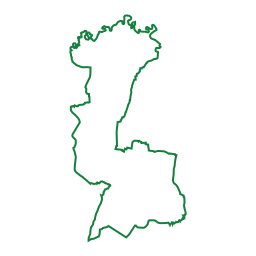 Khu Mueang, Buri Ram, Thailand (Robinson projection)
{"feature_id": "78962969B7360435516944", "entity_name": "Khu Mueang", "entity_type": "district", "adm_level": 2, "iso_a3": "THA", "parent_name": "Thailand", "parent_adm1": "Buri Ram", "projection": "robinson", "projection_center": [103.038, 15.283], "detail": "fine", "context": "isolated", "style": "outline", "palette": "green", "viewbox_px": 256, "rotation_deg": 0, "n_neighbors": 0, "source": "geoboundaries", "source_scale": "gbopen_adm2", "svg_char_len": 5693}
<svg xmlns="http://www.w3.org/2000/svg" viewBox="0 0 256 256"><path d="M175.5,158.7L176.4,155.1L175.2,155.0L175.2,154.3L169.8,153.5L169.7,153.8L168.9,153.8L167.2,152.7L164.4,151.4L158.3,150.9L154.4,151.9L154.1,151.3L148.8,150.5L148.7,148.6L148.2,146.7L148.2,144.6L145.7,144.2L145.8,142.7L141.4,143.0L141.2,141.9L140.3,141.7L139.3,140.9L138.5,141.6L138.2,141.0L134.9,140.6L132.9,141.6L132.5,142.2L131.5,148.6L127.2,147.6L126.5,149.3L124.9,148.7L124.0,151.7L122.9,151.2L122.4,150.8L122.4,150.5L121.9,150.4L122.0,149.8L115.5,149.1L116.3,146.0L117.0,145.9L116.6,132.6L116.8,131.3L116.7,130.1L117.6,123.0L117.6,122.1L120.5,121.6L120.7,120.2L121.1,120.1L122.1,117.8L122.4,117.8L122.5,117.2L123.6,117.2L124.3,116.3L125.1,114.4L125.5,112.2L126.0,111.9L128.4,104.3L129.3,102.8L129.7,101.2L129.8,100.0L130.1,100.0L130.6,95.6L131.3,92.7L131.1,89.3L132.2,86.8L132.0,85.8L134.2,79.7L135.7,79.6L135.3,76.5L136.6,76.2L136.8,73.8L138.3,73.3L138.7,72.5L139.6,71.8L139.9,71.3L139.8,69.6L140.3,69.0L140.4,68.2L141.8,68.5L142.4,67.4L143.3,67.1L143.7,67.3L146.3,63.2L146.7,62.7L147.1,62.7L147.1,62.3L147.6,61.8L149.1,61.1L151.6,60.5L153.9,59.1L155.5,59.0L156.0,58.6L157.0,58.5L157.6,57.9L158.0,52.0L157.8,51.8L156.8,51.7L155.8,51.2L155.5,50.5L155.6,49.2L156.3,48.0L159.4,48.0L160.4,47.4L160.6,46.9L160.0,46.6L159.5,45.5L160.1,44.1L155.2,40.0L151.3,38.5L150.4,37.4L150.1,36.2L150.2,35.1L150.8,33.9L153.4,31.8L156.5,29.9L156.3,28.6L154.3,25.6L153.0,24.8L152.3,25.0L152.1,25.8L152.4,28.1L152.1,28.7L151.4,29.1L150.2,29.0L148.5,27.7L147.1,27.0L146.4,27.2L145.9,28.8L146.4,29.4L147.8,29.6L148.6,30.5L148.9,31.4L148.4,32.3L147.8,32.4L145.5,31.7L142.3,31.7L140.7,31.4L140.1,31.1L140.0,30.0L139.4,29.7L138.8,30.2L138.9,32.6L138.4,33.0L137.8,32.9L135.7,31.2L134.4,29.6L134.2,25.5L135.1,24.5L135.0,22.0L134.1,22.4L133.2,22.3L131.8,23.6L131.8,24.2L132.9,25.4L133.1,26.3L132.2,27.9L131.3,28.2L131.1,27.5L131.4,26.6L131.3,26.0L130.6,25.3L128.9,24.4L128.4,23.3L128.0,21.2L128.4,20.4L129.9,19.9L130.9,19.2L131.2,18.5L131.2,17.7L130.7,16.9L129.1,15.8L126.2,15.4L125.0,15.8L124.2,16.7L124.4,19.2L124.1,21.2L124.3,22.6L123.9,23.9L123.2,24.1L122.5,23.5L122.2,21.4L121.8,21.0L120.0,21.1L118.0,22.0L116.2,24.6L113.8,25.3L112.4,26.6L111.8,27.5L111.7,29.7L111.2,30.7L110.4,30.8L110.0,30.5L109.3,27.9L108.5,27.0L105.6,26.9L104.2,26.1L102.5,27.3L102.2,28.0L102.4,28.6L103.1,28.8L105.0,28.8L105.5,29.4L105.6,30.6L101.8,32.0L99.9,31.7L99.2,31.8L98.8,32.6L98.8,33.6L97.9,34.7L97.3,36.6L96.2,38.7L94.4,40.9L93.2,40.6L92.1,39.2L90.3,38.3L90.2,37.9L91.0,37.1L91.2,36.2L91.9,35.7L92.0,35.3L91.7,34.8L89.9,34.1L89.4,32.7L88.8,32.5L87.5,32.6L86.9,34.3L86.9,34.7L87.7,35.2L88.4,36.9L88.9,37.4L88.8,39.2L88.1,39.7L85.9,39.2L84.7,36.9L84.9,35.9L86.4,34.5L86.2,33.6L86.5,31.7L86.2,31.1L84.8,30.8L83.7,32.0L81.2,32.7L81.0,33.3L81.5,34.0L81.2,35.5L81.7,36.4L81.6,37.0L80.6,37.6L79.6,37.0L78.7,37.0L78.1,37.3L78.0,37.7L78.1,38.4L79.0,38.9L78.5,40.4L79.1,41.2L79.2,42.6L78.1,43.8L78.0,44.2L79.3,44.8L79.4,45.3L77.6,45.9L76.8,47.6L76.4,48.0L75.0,47.7L74.2,48.0L73.9,47.3L74.0,47.0L76.2,46.3L76.1,44.6L75.0,43.3L73.5,43.4L73.0,44.6L73.4,45.8L73.3,46.3L72.5,46.9L71.2,46.9L70.5,47.7L70.6,49.6L71.6,50.3L70.5,51.0L70.3,52.5L71.0,54.0L71.1,56.1L71.8,57.3L71.7,59.1L72.5,61.1L72.4,61.7L74.1,63.2L76.7,65.2L81.1,66.9L82.9,67.3L87.2,67.1L90.5,67.5L90.4,73.4L90.1,76.1L89.7,77.6L86.6,83.8L85.3,87.3L86.3,88.7L86.1,92.2L86.9,93.5L87.8,93.9L89.0,94.0L89.0,96.6L89.4,96.8L89.6,102.2L88.7,102.6L87.8,102.4L84.9,102.8L84.7,103.7L84.0,103.9L83.6,104.5L81.8,104.8L79.9,104.8L78.2,105.5L78.0,106.2L76.9,106.3L74.7,105.4L74.2,106.7L73.7,106.1L72.1,106.2L72.0,106.7L70.9,106.8L70.8,109.5L71.2,110.8L72.4,112.5L75.4,115.2L78.0,117.9L79.3,120.1L79.8,122.4L72.4,134.7L72.4,136.1L72.7,136.8L75.5,139.7L75.8,140.5L75.7,144.0L74.5,147.0L74.2,147.5L73.4,147.8L73.4,148.1L73.6,149.3L74.6,151.6L75.6,155.9L75.8,157.3L74.8,166.1L74.7,169.7L75.3,171.2L76.2,172.3L80.8,175.9L83.1,177.3L83.6,178.1L84.8,178.9L90.4,183.8L91.1,183.1L94.3,184.1L95.1,183.7L96.1,183.7L97.2,182.5L97.6,182.8L97.5,183.5L98.6,183.0L99.3,183.3L100.6,181.7L102.3,181.4L103.3,182.1L103.9,182.1L104.6,182.8L105.1,182.9L105.6,183.3L106.7,183.5L107.8,184.3L108.2,184.1L108.8,184.2L108.9,184.6L110.1,185.0L110.3,185.7L109.1,186.6L108.1,188.5L107.2,188.5L106.3,189.1L105.1,189.4L104.1,191.7L103.7,191.7L103.4,192.9L103.6,193.7L103.3,194.2L103.3,194.6L102.1,195.5L101.6,195.6L101.2,195.4L102.0,197.8L101.9,200.0L100.6,203.7L98.8,207.0L97.5,210.8L96.2,213.4L95.1,217.5L94.9,219.5L93.6,221.3L92.9,224.6L91.0,227.5L90.5,230.0L90.3,233.5L88.6,238.3L88.6,240.6L91.2,239.0L93.7,238.8L96.7,237.3L98.8,236.5L99.6,234.1L99.9,229.5L101.7,229.2L103.1,227.9L106.8,227.1L108.5,226.0L126.2,237.4L129.2,234.4L135.0,225.5L135.8,225.5L137.1,227.0L138.0,227.5L142.7,227.8L144.6,227.5L145.6,226.7L147.6,224.5L148.5,221.1L149.3,220.3L154.3,220.3L155.5,220.8L157.7,222.5L159.8,223.1L164.3,223.1L168.4,222.7L168.8,223.3L169.2,223.6L169.9,225.0L170.3,224.0L171.7,223.5L171.7,223.1L172.3,223.4L172.6,223.3L172.7,223.9L173.0,223.2L173.2,223.7L173.5,223.5L173.3,223.1L173.7,223.3L174.2,223.0L174.6,223.3L175.3,222.6L176.3,222.3L176.3,222.0L177.1,222.3L177.5,221.9L178.4,222.0L178.8,221.0L179.3,221.2L179.1,220.8L179.3,220.4L179.6,220.6L179.8,220.4L180.2,220.8L181.8,220.0L182.3,218.7L182.6,218.4L183.0,218.6L182.9,217.8L183.3,217.4L183.8,217.7L183.5,216.7L184.3,217.1L184.3,216.6L184.5,215.7L184.2,215.5L184.7,215.5L185.0,215.0L184.8,214.7L185.7,214.1L185.4,211.4L184.8,209.6L184.0,205.6L184.5,202.5L184.3,197.3L183.6,197.0L183.6,195.6L180.1,194.0L180.3,193.5L179.9,192.1L177.8,187.3L176.0,184.8L174.1,183.3L173.5,182.4L172.9,180.3L173.6,174.7L173.8,168.9L174.7,165.6L174.8,163.3L175.5,158.7Z" fill="none" stroke="#15803d" stroke-width="2"/></svg>